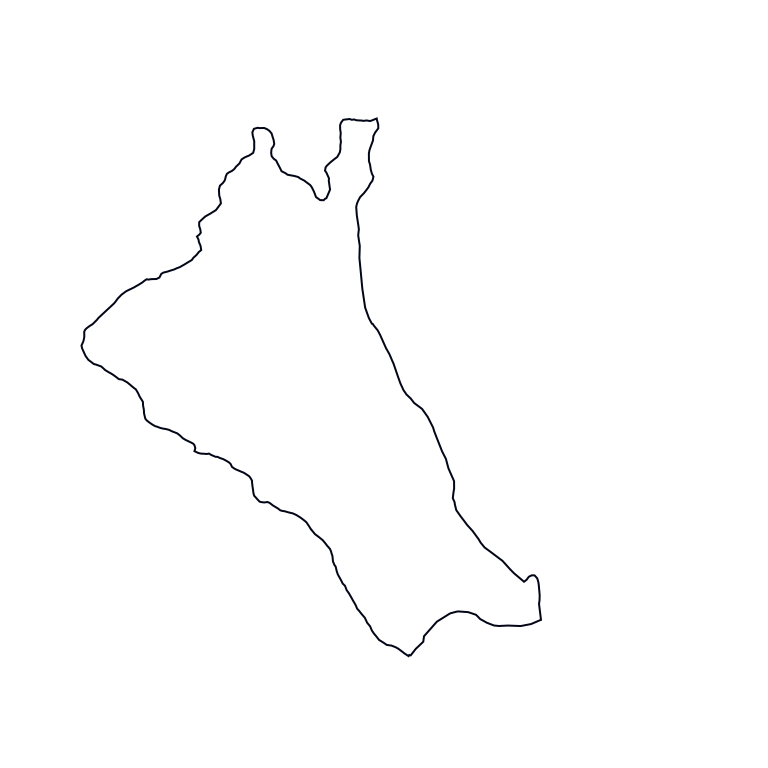 outline of Al Wasta, Bani Suwayf, Egypt, rotated 128°
{"feature_id": "37247803B53497462847633", "entity_name": "Al Wasta", "entity_type": "district", "adm_level": 2, "iso_a3": "EGY", "parent_name": "Egypt", "parent_adm1": "Bani Suwayf", "projection": "orthographic", "projection_center": [31.157, 29.324], "detail": "fine", "context": "isolated", "style": "outline", "palette": "ink", "viewbox_px": 768, "rotation_deg": 128, "n_neighbors": 0, "source": "geoboundaries", "source_scale": "gbopen_adm2", "svg_char_len": 5578}
<svg xmlns="http://www.w3.org/2000/svg" viewBox="0 0 768 768"><g transform="rotate(128 384 384)"><path d="M581.4,195.9L573.1,195.9L569.3,195.3L563.0,194.4L562.9,194.4L558.1,197.2L547.0,196.5L539.9,196.1L538.7,196.0L534.3,194.4L525.2,191.1L523.8,190.5L518.8,186.7L517.6,185.6L512.0,177.3L510.7,173.7L509.2,169.3L510.0,163.5L508.9,156.6L508.8,155.9L507.0,150.0L506.6,148.7L503.9,144.4L503.3,143.7L498.1,137.7L490.6,127.3L482.6,120.3L473.3,115.2L473.2,115.1L461.7,126.6L460.6,127.2L459.1,128.0L454.7,131.2L447.2,138.2L445.0,140.5L442.8,143.6L442.1,147.5L443.7,149.7L446.7,151.2L450.5,151.1L453.6,151.9L453.1,164.9L452.4,170.3L450.4,181.8L450.5,186.4L450.7,197.9L450.9,204.0L449.5,210.2L448.0,214.0L445.2,224.0L443.9,231.7L442.9,235.2L441.0,242.5L438.9,249.4L435.2,254.1L433.7,255.6L431.6,259.5L426.3,262.7L423.3,264.3L417.4,269.0L413.7,275.9L410.8,281.3L404.9,289.1L401.3,296.8L394.0,309.2L390.3,315.4L388.1,318.5L383.0,329.3L380.7,337.0L380.2,338.6L380.4,348.5L379.0,353.9L378.4,360.1L377.9,361.4L376.9,364.7L373.3,371.7L368.9,378.6L362.3,388.7L360.3,392.4L357.2,398.0L354.8,403.8L354.3,404.9L347.7,417.3L345.6,422.0L344.2,428.1L343.6,429.7L343.9,430.8L341.3,436.6L335.4,445.9L325.8,456.0L322.1,459.9L308.0,473.2L299.8,481.0L290.1,488.1L287.0,491.4L282.7,495.9L277.5,499.1L274.5,502.2L267.9,509.2L263.8,512.9L261.9,514.7L258.9,516.2L255.9,517.1L251.4,517.9L246.1,517.3L242.3,517.3L238.5,517.4L234.7,518.2L230.9,518.3L227.2,519.9L225.7,523.0L223.5,526.1L219.8,530.0L217.6,533.1L214.6,535.5L211.7,537.8L208.7,539.4L206.4,540.2L198.9,542.6L195.2,545.0L191.4,545.8L186.1,545.9L183.1,548.3L180.2,552.2L179.3,553.2L181.6,554.6L183.1,555.4L185.4,556.9L187.0,559.9L189.3,562.2L190.1,563.7L191.7,566.0L193.2,568.2L194.0,570.5L195.6,572.0L196.4,574.3L198.7,576.6L200.2,578.1L201.0,578.8L202.5,578.8L204.8,578.7L207.1,577.9L210.0,575.6L213.0,572.5L216.7,570.1L219.7,567.0L222.7,565.4L225.7,563.0L228.7,561.4L234.0,560.6L236.3,561.3L239.3,562.0L242.3,562.7L246.9,563.4L249.2,563.4L252.2,561.8L252.9,559.5L255.8,554.0L258.0,552.5L259.5,550.9L262.5,547.8L264.0,546.2L267.0,545.4L270.0,544.6L273.0,543.8L274.5,544.5L276.3,544.7L278.4,547.5L278.4,549.0L278.5,551.3L278.5,552.8L277.0,555.2L275.6,557.5L274.1,560.6L273.4,562.1L272.7,564.5L272.7,566.7L272.8,569.8L272.8,572.1L273.7,576.7L273.7,579.0L275.3,582.8L276.1,584.3L276.9,585.8L278.5,588.9L278.5,591.2L279.4,595.7L277.9,598.8L275.8,603.5L274.3,606.6L274.4,609.6L273.7,612.7L271.5,615.1L269.2,616.6L267.7,617.4L265.4,617.5L264.7,617.5L262.4,618.3L259.5,621.4L258.0,623.7L255.8,626.8L255.1,629.9L255.1,631.1L255.2,633.0L256.0,636.0L259.1,639.8L259.9,641.3L263.0,643.6L266.7,642.7L269.0,640.4L272.6,635.7L275.6,633.4L278.6,631.0L282.4,629.4L286.9,630.9L290.8,633.1L294.6,634.5L295.9,634.3L299.1,633.7L300.7,633.9L303.7,634.4L306.7,634.3L309.7,635.0L312.8,636.5L315.1,637.2L318.1,636.4L319.6,635.6L321.9,634.8L324.9,634.7L328.7,635.4L332.4,633.8L336.9,629.9L339.1,626.8L342.1,623.7L345.1,623.6L350.4,623.5L356.5,625.7L361.8,627.9L363.7,628.3L365.6,628.6L370.2,629.3L373.2,627.0L375.4,623.8L377.6,621.5L379.9,621.5L382.9,622.2L384.4,619.1L385.1,618.3L385.9,617.5L388.1,613.6L389.5,612.1L391.0,610.5L394.1,611.2L397.8,611.2L401.7,611.9L404.7,611.8L408.5,613.3L412.3,614.7L417.7,616.9L420.4,618.6L423.0,619.9L426.1,622.1L428.4,623.6L432.3,626.6L434.5,627.3L438.3,626.5L441.4,628.0L444.5,631.8L446.8,634.0L447.6,635.5L449.9,636.3L452.9,637.0L456.7,638.4L462.1,640.6L468.2,643.6L469.7,644.3L475.1,645.8L480.4,646.4L484.2,646.3L486.4,646.3L507.7,649.7L510.0,649.7L516.0,650.4L519.9,651.8L522.2,652.4L522.9,652.6L524.4,652.8L525.1,652.9L527.4,652.4L531.2,649.3L534.2,647.7L536.4,646.9L539.9,646.1L541.8,643.8L543.9,639.8L545.7,636.3L547.0,631.8L546.9,627.9L546.9,624.8L546.1,623.2L545.5,621.3L544.3,617.8L544.4,615.7L544.4,615.3L544.4,615.1L544.7,612.4L544.3,608.9L543.7,604.9L543.7,604.6L543.6,604.3L543.4,600.1L543.4,595.9L541.6,592.8L540.8,587.3L540.9,583.5L541.1,578.5L541.0,576.3L542.5,572.4L544.4,568.7L546.5,563.0L549.3,560.6L552.3,557.2L554.8,555.1L558.3,550.7L558.8,548.4L558.8,545.2L558.6,542.0L558.5,541.1L558.1,538.3L557.2,536.2L557.1,535.7L556.4,533.4L555.2,530.7L553.8,528.2L552.8,525.9L552.5,525.2L551.8,521.9L550.2,516.6L550.2,513.0L550.6,509.1L550.2,505.9L549.7,503.6L549.0,500.5L548.5,497.8L548.8,495.9L550.7,493.2L552.9,492.3L553.6,492.0L553.1,489.6L552.7,488.0L551.8,485.8L550.0,483.2L548.2,480.5L546.6,479.1L546.3,476.6L545.1,472.0L543.9,470.3L543.4,467.9L542.2,464.5L541.6,461.1L541.2,457.8L541.5,455.5L542.9,452.8L542.8,450.1L542.5,448.2L541.8,445.6L541.0,442.5L540.2,439.8L539.7,433.5L540.4,430.9L541.5,428.4L542.8,427.4L545.9,424.3L548.5,421.6L550.7,419.3L552.0,417.5L552.3,415.5L552.9,412.3L553.3,409.6L552.7,408.2L552.4,407.7L552.3,407.4L551.8,406.6L550.7,405.0L548.8,403.3L548.1,400.9L548.1,396.8L547.4,391.0L547.4,387.9L546.5,385.8L545.4,383.9L543.9,380.1L542.1,376.2L541.2,372.4L540.7,367.7L540.6,364.3L540.7,360.2L542.2,355.5L543.3,352.6L543.4,352.3L543.4,352.0L543.5,352.0L544.0,349.5L544.8,346.0L544.7,340.6L544.8,336.1L545.8,331.6L546.4,329.4L547.2,325.1L548.5,322.7L550.1,320.6L551.2,318.8L553.2,316.9L555.2,315.0L557.0,311.9L557.7,309.6L560.4,306.3L562.0,303.9L562.5,303.1L565.3,296.5L566.7,293.7L567.0,290.5L569.4,286.6L570.6,282.6L572.4,278.2L573.4,275.9L574.2,273.9L575.6,270.4L577.6,266.8L578.1,263.8L578.9,260.7L580.0,255.2L582.5,250.3L583.5,245.8L585.7,241.8L586.8,238.5L587.5,235.2L588.7,230.4L588.1,224.6L587.9,221.2L585.5,217.0L584.2,212.5L583.8,209.6L583.7,205.3L583.7,201.3L583.5,200.0L583.5,198.9L583.4,198.2L583.3,197.1L582.0,197.3L581.4,195.9Z" fill="none" stroke="#020617" stroke-width="2"/></g></svg>